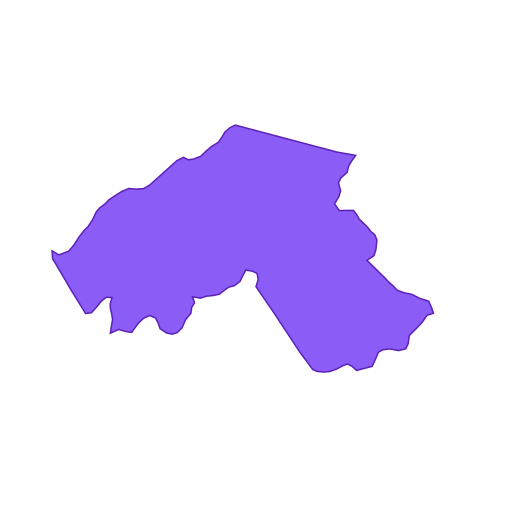 Barro Preto, Bahia, Brazil (orthographic projection), rotated 207°
{"feature_id": "56859067B30588354925121", "entity_name": "Barro Preto", "entity_type": "district", "adm_level": 2, "iso_a3": "BRA", "parent_name": "Brazil", "parent_adm1": "Bahia", "projection": "orthographic", "projection_center": [-39.447, -14.775], "detail": "fine", "context": "isolated", "style": "filled", "palette": "violet", "viewbox_px": 512, "rotation_deg": 207, "n_neighbors": 0, "source": "geoboundaries", "source_scale": "gbopen_adm2", "svg_char_len": 1826}
<svg xmlns="http://www.w3.org/2000/svg" viewBox="0 0 512 512"><g transform="rotate(207 256 256)"><path d="M440.1,168.0L435.8,161.0L430.8,158.0L423.9,153.6L413.8,147.2L407.1,142.8L381.7,127.4L376.9,130.7L375.0,137.6L373.2,145.8L370.5,151.3L365.5,153.6L364.2,147.1L361.7,142.8L358.3,138.9L354.9,134.2L353.3,128.8L350.7,121.1L345.0,128.2L337.8,129.6L332.1,131.5L331.2,137.5L330.2,143.3L327.8,149.7L323.8,154.6L317.4,155.2L312.4,151.5L308.5,147.7L300.7,146.8L295.1,148.3L291.4,152.0L289.3,158.4L289.8,167.4L288.0,175.4L290.0,181.2L289.5,186.4L294.1,190.9L286.4,193.2L281.6,197.9L275.8,201.6L271.2,205.4L268.6,211.1L266.2,215.8L261.7,219.8L258.7,226.2L258.8,233.3L258.7,238.8L252.4,240.8L247.1,241.0L243.3,235.8L242.1,228.7L214.4,213.6L193.1,201.5L172.8,190.0L153.9,180.6L149.1,180.9L143.5,183.1L138.0,186.4L132.9,191.8L129.0,197.4L125.5,201.3L120.4,201.3L114.4,199.7L107.7,205.7L102.4,210.4L102.7,218.1L103.2,226.0L100.3,230.1L94.7,233.9L85.9,236.5L80.4,241.3L80.6,246.8L83.3,254.8L80.1,264.6L77.8,272.3L76.7,280.8L71.9,285.6L75.7,289.3L81.5,294.1L91.1,292.6L99.6,292.6L107.4,290.5L114.4,289.6L120.8,291.8L125.5,292.9L130.6,294.8L155.2,302.5L151.0,309.9L152.1,316.2L155.5,325.1L159.8,328.8L165.0,330.0L169.9,332.4L176.0,334.3L180.8,335.7L184.8,338.5L189.8,340.9L196.2,337.6L202.3,334.3L209.7,338.1L209.1,346.5L210.2,352.5L215.7,358.6L215.8,364.0L212.8,371.9L214.2,377.9L214.0,383.3L212.9,390.9L230.9,385.4L333.9,363.2L337.5,358.5L340.0,352.2L340.3,346.2L341.2,340.2L345.2,333.7L348.2,326.6L350.5,319.8L355.9,313.8L360.1,311.0L365.4,311.0L369.7,305.2L382.9,271.0L386.9,264.9L393.3,261.1L400.0,258.4L404.9,252.6L408.8,246.0L412.5,239.4L414.2,233.9L417.1,227.9L418.3,223.0L418.1,213.7L419.0,206.0L420.7,201.0L422.3,192.7L423.3,182.7L425.1,175.2L432.2,167.5L440.1,168.0Z" fill="#8b5cf6" stroke="#5b21b6" stroke-width="1.5"/></g></svg>